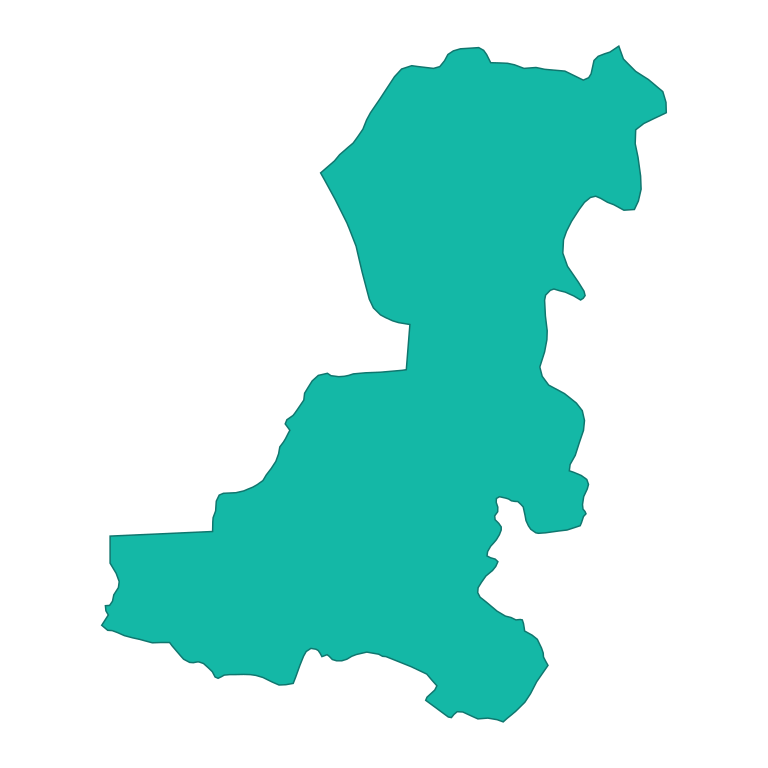 Al-Kadhmiyah, Sala ad-Din, Iraq (Natural Earth projection)
{"feature_id": "34846034B5863384083959", "entity_name": "Al-Kadhmiyah", "entity_type": "district", "adm_level": 2, "iso_a3": "IRQ", "parent_name": "Iraq", "parent_adm1": "Sala ad-Din", "projection": "natural_earth1", "projection_center": [44.187, 33.463], "detail": "fine", "context": "isolated", "style": "filled", "palette": "teal", "viewbox_px": 768, "rotation_deg": 0, "n_neighbors": 0, "source": "geoboundaries", "source_scale": "gbopen_adm2", "svg_char_len": 4358}
<svg xmlns="http://www.w3.org/2000/svg" viewBox="0 0 768 768"><path d="M634.4,209.5L638.4,201.0L641.1,189.2L640.6,176.0L638.0,157.2L635.2,143.7L635.7,129.8L637.5,128.4L643.8,123.5L654.7,118.2L655.6,117.8L666.3,112.7L666.2,110.0L666.0,102.4L664.4,96.9L662.8,91.6L657.3,87.0L648.4,79.5L642.7,75.9L635.7,71.4L628.3,64.0L623.4,59.0L618.8,46.1L609.9,52.1L604.6,53.8L598.2,56.3L594.0,60.5L591.1,73.8L588.7,77.7L583.3,80.1L564.9,71.1L560.5,70.7L550.1,69.8L544.6,69.3L540.0,68.3L536.0,67.5L531.8,67.8L524.0,68.4L514.5,64.8L507.6,63.3L501.2,63.0L490.7,62.7L486.6,54.5L483.6,50.3L478.7,47.6L474.5,47.9L468.3,48.3L460.4,48.8L453.3,50.9L447.9,54.5L444.5,60.8L439.8,66.6L433.5,68.4L427.6,67.7L418.3,66.6L411.7,65.7L401.6,69.0L394.5,76.7L387.2,87.8L379.8,99.1L370.5,112.7L366.6,119.9L362.9,129.2L357.7,136.8L355.1,140.4L353.1,143.1L348.7,146.8L339.7,154.6L334.5,160.9L328.6,166.0L320.6,172.9L325.4,181.5L335.1,199.3L347.0,223.1L348.4,226.6L348.5,226.7L356.1,246.2L357.5,252.3L359.5,260.9L362.2,272.3L366.4,288.3L369.3,299.2L371.2,303.2L373.4,307.9L380.5,314.9L385.6,317.6L392.6,320.8L398.5,322.6L409.9,324.5L406.3,369.7L402.3,370.3L385.1,371.8L380.7,372.2L365.5,372.8L353.3,373.9L348.7,375.4L344.3,376.3L338.7,376.7L334.3,376.1L331.0,375.7L327.4,373.3L318.3,375.4L312.2,380.9L308.5,386.8L304.6,393.2L303.8,400.1L297.0,410.1L294.6,413.5L293.0,415.5L286.9,419.7L285.2,423.9L289.9,430.3L288.5,432.8L285.5,438.7L283.5,442.0L279.8,446.9L278.6,453.8L276.2,460.4L275.9,461.3L271.2,468.5L266.3,474.9L262.9,480.6L256.8,484.9L252.7,487.2L248.0,489.1L243.8,490.9L236.4,492.6L236.2,492.7L223.4,493.3L219.2,495.1L216.3,501.1L216.0,505.2L215.8,508.3L215.6,511.0L213.1,517.7L212.8,522.1L212.6,531.5L199.3,532.1L188.0,532.6L152.9,534.2L139.0,534.8L110.1,536.1L110.1,563.2L116.2,573.4L119.2,581.6L118.4,587.6L113.8,594.8L112.5,601.2L109.6,605.4L105.4,605.7L105.9,610.8L108.3,615.0L101.7,625.3L107.7,630.3L112.2,630.6L117.8,632.7L124.3,635.6L132.5,637.8L139.8,639.4L145.2,640.9L152.3,642.8L161.0,642.5L169.6,642.5L172.2,646.0L181.0,656.3L183.6,659.2L189.6,662.4L193.3,662.7L197.4,661.9L198.9,661.9L203.5,663.5L208.2,667.7L212.3,671.7L215.1,677.0L218.1,678.3L221.4,676.7L224.2,675.1L229.6,674.6L234.3,674.6L243.6,674.4L250.3,674.6L255.9,675.4L263.0,677.5L272.1,682.0L279.0,685.0L285.9,684.7L293.2,683.4L295.6,677.3L299.9,665.3L303.6,656.1L306.2,651.5L310.9,648.4L315.9,649.2L318.2,650.5L320.2,653.4L321.9,656.6L323.4,656.1L327.1,654.7L329.2,656.3L332.3,659.5L336.6,660.8L341.8,660.8L346.9,659.2L351.7,656.3L356.4,654.5L366.8,652.1L378.7,654.2L382.5,656.3L386.0,656.6L394.0,659.8L411.2,666.7L426.8,674.1L431.5,679.7L436.9,685.8L434.8,690.0L427.0,697.2L425.7,700.3L448.3,717.0L451.4,717.6L454.0,714.4L457.2,711.7L462.8,712.0L473.2,716.8L477.9,718.9L487.8,718.1L497.2,719.7L503.2,721.9L507.2,718.3L511.9,714.5L513.4,713.2L515.6,711.4L524.9,702.2L530.5,693.7L536.7,681.7L548.0,665.4L545.6,661.1L543.5,657.0L543.2,653.0L541.5,648.0L537.3,639.3L532.2,635.2L524.6,631.0L524.3,628.5L523.5,623.6L522.3,619.9L520.2,619.5L515.9,619.9L511.0,617.5L505.4,616.1L497.0,611.1L486.3,602.1L480.1,597.2L477.7,592.6L478.1,587.7L481.6,582.1L485.9,576.0L492.6,570.4L495.8,566.4L497.9,561.7L495.2,559.1L490.4,557.7L487.0,555.9L487.6,551.6L490.6,546.3L493.7,542.9L496.4,539.7L499.4,534.7L501.2,530.0L501.2,526.9L498.8,523.4L495.1,519.7L494.7,515.9L497.7,511.7L497.8,507.1L496.2,502.4L496.4,498.5L499.5,496.7L503.0,497.5L505.7,498.1L508.6,499.0L511.4,500.8L514.8,501.4L517.0,501.5L517.9,501.6L520.7,504.2L523.2,506.9L524.1,511.0L525.1,515.6L526.0,520.6L528.4,525.8L530.8,529.3L535.8,532.8L538.4,533.3L545.6,532.8L558.6,531.0L567.1,530.0L575.1,527.4L580.2,525.7L581.5,522.6L583.5,516.5L586.0,513.8L585.0,511.5L583.0,509.1L582.5,504.6L583.7,496.6L587.3,488.9L588.5,484.4L586.8,479.5L581.3,475.5L573.7,472.3L569.3,470.8L570.1,464.5L575.0,455.8L575.2,455.5L579.5,442.1L583.5,430.4L584.5,420.5L582.3,410.7L576.4,403.1L564.5,393.6L548.7,385.1L542.2,376.3L539.8,367.0L541.3,362.3L544.6,351.9L546.9,339.7L547.2,330.8L545.4,316.0L544.6,300.2L545.6,295.1L550.3,290.3L553.9,289.0L559.5,290.7L565.2,292.1L573.7,295.9L580.6,300.0L583.2,298.3L585.1,295.6L584.0,291.2L578.4,282.2L575.8,278.4L567.5,266.3L562.8,253.1L563.5,239.8L566.5,231.3L571.5,221.4L579.3,209.3L584.5,202.3L590.5,197.4L591.5,197.2L595.7,196.2L600.6,198.3L607.5,202.3L613.8,204.7L623.9,210.2L634.4,209.5Z" fill="#14b8a6" stroke="#0f766e" stroke-width="1.5"/></svg>